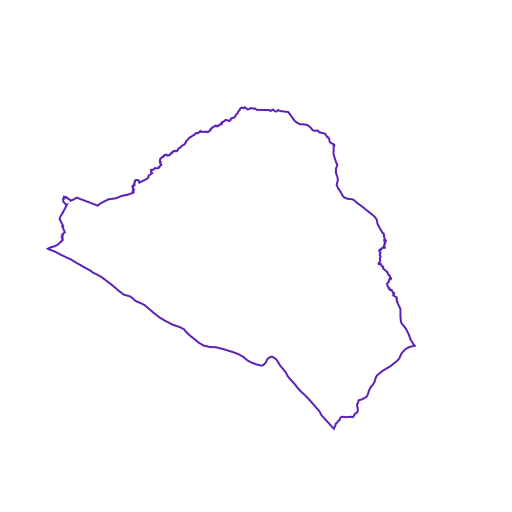 Chaturaphak Phiman, Roi Et, Thailand, rotated 43°
{"feature_id": "78962969B73854210082339", "entity_name": "Chaturaphak Phiman", "entity_type": "district", "adm_level": 2, "iso_a3": "THA", "parent_name": "Thailand", "parent_adm1": "Roi Et", "projection": "mercator", "projection_center": [103.486, 15.83], "detail": "fine", "context": "isolated", "style": "outline", "palette": "violet", "viewbox_px": 512, "rotation_deg": 43, "n_neighbors": 0, "source": "geoboundaries", "source_scale": "gbopen_adm2", "svg_char_len": 6132}
<svg xmlns="http://www.w3.org/2000/svg" viewBox="0 0 512 512"><g transform="rotate(43 256 256)"><path d="M433.3,213.4L431.5,213.1L426.3,211.8L420.8,209.0L415.3,207.0L412.2,206.4L410.0,206.2L408.1,205.8L406.7,205.1L403.1,201.9L397.9,196.4L395.5,195.3L392.8,194.4L391.3,193.5L390.0,193.3L389.4,192.3L388.3,191.9L388.1,191.1L386.9,190.3L385.6,190.8L384.0,190.8L383.3,191.2L382.4,190.4L382.7,189.4L382.3,188.9L381.8,188.9L381.4,189.2L379.7,189.0L378.3,188.3L378.1,188.4L377.3,189.5L375.6,188.6L375.4,188.8L375.2,189.2L374.9,189.2L373.8,188.3L372.7,188.3L371.3,187.2L370.7,186.9L370.8,184.3L369.6,183.1L369.7,182.5L370.4,181.2L370.2,180.4L369.8,180.1L369.4,180.1L368.9,180.8L367.3,179.1L365.5,179.4L363.1,178.3L357.4,178.4L356.3,177.1L354.9,177.7L353.3,176.8L352.4,176.9L351.8,178.1L351.0,178.2L350.7,177.9L350.5,177.1L350.4,175.0L348.1,173.3L347.6,171.5L347.2,171.2L345.7,170.9L345.0,168.8L343.4,168.7L342.3,167.9L342.2,167.1L343.2,166.4L342.5,165.3L343.2,163.9L343.0,162.7L344.1,162.1L344.5,162.4L344.6,162.2L343.9,161.4L342.8,161.3L342.0,160.3L342.0,159.0L340.5,158.3L340.4,158.0L340.8,157.6L341.0,157.0L340.7,156.3L340.4,156.2L340.0,157.1L339.1,157.2L338.8,156.9L338.9,156.1L337.4,154.9L336.3,154.6L335.6,153.4L334.7,153.3L334.1,152.5L332.7,152.8L327.2,151.1L323.2,149.7L319.3,147.1L317.7,146.6L316.1,146.4L314.0,146.4L298.9,147.6L293.2,148.3L289.4,148.3L287.5,149.0L283.8,151.8L281.5,152.7L279.4,153.1L273.5,151.2L270.7,150.7L266.9,149.3L266.2,148.6L264.4,145.2L263.4,144.0L262.2,143.0L257.9,140.8L256.9,139.8L255.1,137.8L253.3,133.9L249.8,132.4L244.0,129.1L242.6,128.0L240.6,125.6L238.9,123.9L238.4,123.1L237.8,122.7L237.7,122.4L237.9,122.0L237.4,121.9L237.2,121.3L236.0,121.5L234.8,122.0L232.3,122.4L229.2,120.1L228.1,119.9L227.4,120.6L223.3,119.4L217.4,122.5L216.6,122.1L215.7,122.1L215.0,122.6L213.3,124.7L212.5,125.0L211.5,125.3L208.2,124.9L206.5,124.9L204.1,125.3L201.6,126.8L198.2,129.7L195.2,130.5L192.3,130.8L181.4,128.7L175.8,132.8L173.9,133.8L172.8,134.0L172.6,134.6L172.7,135.7L171.9,136.9L171.2,137.2L169.9,137.4L168.7,137.2L168.3,137.9L167.7,140.1L166.2,140.2L156.9,148.6L154.8,148.8L154.7,149.2L153.9,149.5L153.1,150.3L151.1,151.5L150.9,152.0L151.1,152.4L150.7,153.4L149.9,154.5L148.7,154.5L147.7,154.8L146.5,154.8L146.2,156.2L145.7,156.1L145.3,156.8L144.8,156.9L144.1,157.7L144.0,159.6L144.5,160.3L144.5,162.7L145.1,163.6L145.1,166.7L145.5,167.8L145.7,168.9L145.4,170.2L144.4,171.0L144.4,172.0L143.9,172.6L144.5,173.7L144.6,175.1L144.2,175.7L143.1,175.8L142.3,176.6L141.2,177.0L140.9,177.4L140.6,180.2L139.9,181.2L140.2,181.7L140.1,182.3L140.8,182.5L141.0,183.0L140.0,184.0L140.2,185.2L139.5,185.9L139.6,186.5L139.1,187.0L139.1,187.8L137.6,188.0L137.5,189.3L136.6,190.4L136.9,191.3L136.3,192.5L136.5,193.1L136.2,194.6L136.9,194.9L136.6,197.1L136.3,198.4L136.0,198.6L135.0,198.6L134.8,199.3L134.1,199.8L133.8,200.4L132.9,200.9L131.5,202.5L130.2,202.4L130.0,203.3L130.0,205.3L129.6,206.1L129.0,206.3L128.2,207.1L128.4,208.2L128.1,210.3L127.6,210.8L127.2,213.6L126.7,214.2L126.6,217.0L126.9,219.5L126.7,220.1L127.3,221.1L127.3,222.3L127.6,222.8L126.7,226.1L126.6,228.1L126.1,230.3L126.1,230.9L126.6,232.0L126.4,232.6L126.6,233.3L125.9,234.2L125.0,234.3L124.8,234.9L124.2,235.5L123.9,236.9L124.5,237.4L124.1,238.7L123.7,239.0L123.9,239.7L123.7,240.4L124.0,241.2L123.7,241.4L123.0,242.8L122.5,243.1L121.5,242.9L121.4,243.5L120.8,243.7L120.1,245.0L120.4,245.6L120.3,246.0L120.7,246.2L119.7,247.9L120.1,249.1L119.7,249.9L119.7,250.3L120.8,252.1L121.1,252.3L122.0,252.1L122.0,253.0L122.7,253.5L124.3,253.6L124.6,254.5L124.5,256.5L124.2,256.9L124.8,257.6L124.8,257.9L123.5,259.9L122.1,260.5L121.9,263.2L120.7,264.2L120.6,264.7L120.7,265.1L121.5,265.4L121.8,266.0L123.6,266.2L122.7,270.2L123.0,271.3L123.5,271.6L123.7,271.9L123.7,273.6L123.2,274.4L123.0,276.2L121.9,278.1L120.7,281.9L118.9,280.9L118.8,281.1L117.7,281.2L116.6,282.0L116.1,282.8L116.3,283.6L116.7,283.9L117.1,284.7L116.9,285.0L117.0,285.6L117.5,285.6L117.9,286.3L118.7,286.8L118.6,287.1L118.2,287.2L118.1,287.6L118.7,288.1L118.8,288.5L117.9,288.8L117.9,289.0L118.8,289.9L119.5,290.2L120.1,290.8L120.8,290.9L121.1,290.6L121.6,290.7L121.7,291.3L121.3,292.5L121.9,292.8L122.5,292.6L123.2,293.1L120.5,298.5L116.5,304.1L115.6,306.5L113.9,309.7L109.4,315.3L107.4,320.6L106.4,323.8L105.9,327.1L85.1,335.6L84.2,338.7L82.7,342.1L82.1,341.7L81.4,341.7L80.6,342.1L77.7,342.3L77.7,342.8L76.8,342.5L76.3,342.7L75.7,343.6L75.3,343.7L75.6,344.2L76.1,344.4L75.9,345.1L76.2,345.3L75.9,345.6L76.6,346.1L76.7,346.5L77.3,347.2L78.6,347.8L79.3,347.6L80.2,347.9L81.6,347.9L82.4,348.1L82.7,347.4L85.2,356.3L85.9,360.1L87.1,362.9L94.6,365.6L94.2,366.5L100.0,369.0L99.6,372.5L100.8,372.8L100.9,374.7L102.4,374.7L102.5,375.6L103.7,376.0L103.5,377.2L103.8,378.2L103.5,378.6L103.6,379.0L103.2,383.4L101.9,386.6L100.2,389.2L98.8,392.6L100.1,392.3L105.7,390.0L113.1,388.0L123.0,384.8L128.8,383.6L145.5,379.5L148.1,379.4L151.4,378.3L156.7,376.9L162.4,376.2L172.1,375.3L179.5,375.1L185.5,374.4L186.8,373.9L191.3,371.5L194.3,371.0L198.5,371.1L204.1,369.0L207.9,367.9L221.6,367.3L228.0,366.6L233.6,365.4L241.9,363.1L248.9,359.9L253.3,358.7L256.8,359.2L261.5,359.3L273.3,358.4L278.6,357.3L284.5,353.9L288.8,350.1L296.6,345.9L304.9,341.9L309.9,339.9L315.5,338.4L320.7,338.2L324.6,337.3L330.3,335.0L334.8,332.4L335.6,331.2L335.9,327.9L334.6,323.3L335.3,320.3L336.3,318.7L339.5,317.9L342.4,317.9L347.6,319.5L356.9,320.8L362.1,322.5L371.6,323.3L377.2,324.2L382.2,324.5L386.9,324.4L394.5,324.9L408.2,326.3L412.3,327.7L414.1,327.9L430.8,329.3L429.7,325.9L428.7,324.3L429.0,321.9L428.7,321.3L429.0,318.9L428.5,318.1L428.0,316.3L428.6,314.8L429.3,314.5L430.4,313.4L431.8,312.5L435.2,308.7L436.7,308.0L436.6,305.9L436.1,305.1L436.0,303.7L436.7,301.5L436.1,300.0L435.2,298.8L433.6,297.5L432.7,297.1L431.2,295.7L430.8,294.5L430.7,293.7L430.1,292.5L429.4,291.8L429.5,291.4L430.8,289.5L432.1,286.4L432.8,283.7L432.7,282.5L432.2,281.0L430.7,278.0L429.7,274.8L429.3,272.6L429.2,270.0L428.6,267.4L426.7,263.6L425.9,260.9L426.6,255.8L427.3,252.1L429.4,245.3L430.7,236.6L430.7,233.4L428.9,228.2L428.7,223.6L429.2,221.0L430.0,218.7L431.6,215.8L433.3,213.4Z" fill="none" stroke="#5b21b6" stroke-width="2"/></g></svg>